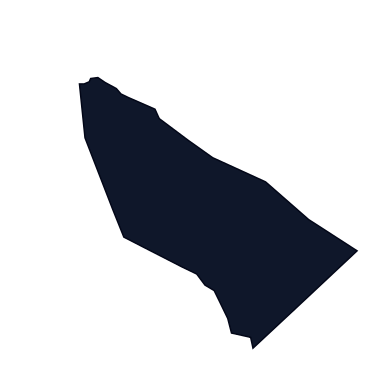 the district of Djigueni, Hodh ech Chargui, Mauritania, rotated 317°
{"feature_id": "47542326B52298833192374", "entity_name": "Djigueni", "entity_type": "district", "adm_level": 2, "iso_a3": "MRT", "parent_name": "Mauritania", "parent_adm1": "Hodh ech Chargui", "projection": "equal_earth", "projection_center": [-8.77, 16.018], "detail": "fine", "context": "isolated", "style": "filled", "palette": "ink", "viewbox_px": 384, "rotation_deg": 317, "n_neighbors": 0, "source": "geoboundaries", "source_scale": "gbopen_adm2", "svg_char_len": 581}
<svg xmlns="http://www.w3.org/2000/svg" viewBox="0 0 384 384"><g transform="rotate(317 192 192)"><path d="M272.6,347.6L258.5,291.7L252.7,234.8L230.5,181.0L224.5,151.8L218.1,116.1L218.7,114.1L221.4,106.2L209.8,79.3L206.9,71.8L207.2,64.8L203.1,52.5L201.2,44.1L195.3,39.9L192.0,41.3L186.8,39.4L183.4,36.2L150.7,79.4L122.0,151.1L111.4,178.5L119.1,199.9L133.8,240.6L139.2,254.4L139.5,255.3L138.0,269.0L141.0,279.2L137.0,292.4L131.9,308.9L124.7,322.1L135.4,337.7L135.3,337.8L135.7,338.4L130.1,347.8L189.5,347.8L272.6,347.6Z" fill="#0f172a" stroke="#020617" stroke-width="1.5"/></g></svg>